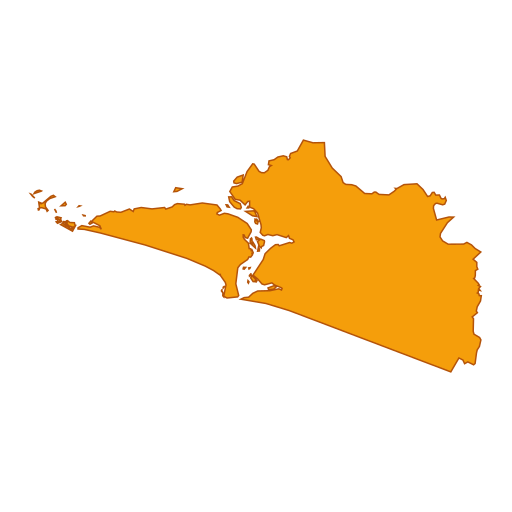 Bonthe, Southern, Sierra Leone (Albers equal-area conic projection)
{"feature_id": "65957751B90425188102960", "entity_name": "Bonthe", "entity_type": "district", "adm_level": 2, "iso_a3": "SLE", "parent_name": "Sierra Leone", "parent_adm1": "Southern", "projection": "albers", "projection_center": [-12.539, 7.5], "detail": "fine", "context": "isolated", "style": "filled", "palette": "amber", "viewbox_px": 512, "rotation_deg": 0, "n_neighbors": 0, "source": "geoboundaries", "source_scale": "gbopen_adm2", "svg_char_len": 6046}
<svg xmlns="http://www.w3.org/2000/svg" viewBox="0 0 512 512"><path d="M476.8,262.4L473.1,259.2L480.8,252.0L475.1,248.5L471.5,244.9L466.9,242.4L463.6,244.1L448.2,244.2L442.6,240.9L440.0,236.9L440.5,233.4L447.4,222.7L453.6,217.1L449.0,217.0L436.6,220.0L433.4,208.4L433.6,205.7L435.5,203.5L437.0,203.2L442.7,204.8L444.7,204.1L446.3,200.5L445.2,197.3L444.3,198.7L442.1,198.9L441.0,198.3L439.4,195.0L435.8,195.1L434.1,192.3L432.3,192.5L430.2,195.8L427.6,196.5L423.0,189.5L417.0,183.8L404.0,184.6L397.0,188.5L395.4,188.4L396.2,189.2L394.3,191.2L388.9,194.9L379.0,194.4L375.9,192.1L374.2,192.1L371.9,193.8L364.7,193.5L355.9,186.0L351.7,184.7L345.8,184.4L343.1,182.6L341.1,176.6L332.2,168.0L325.1,156.4L324.4,142.6L313.0,142.8L303.4,140.1L297.3,151.0L290.6,153.5L289.4,156.4L290.2,157.8L288.5,159.7L287.4,159.6L286.7,156.8L283.3,155.8L277.9,157.0L274.1,159.7L269.0,160.9L268.4,164.7L271.3,165.5L269.4,166.8L267.9,170.3L264.3,172.8L261.3,172.6L259.0,171.3L254.2,164.1L252.7,163.8L247.1,171.5L242.3,183.7L237.9,186.1L232.3,187.0L229.8,191.5L235.2,199.3L240.1,200.2L245.1,204.9L247.7,201.5L249.6,201.2L249.6,207.1L253.6,208.7L257.6,213.1L261.0,224.7L261.3,227.8L260.2,232.4L262.8,235.3L264.5,235.8L267.9,234.5L272.8,235.7L277.0,234.6L286.3,237.6L288.5,235.6L289.5,238.3L293.0,239.8L294.1,241.9L291.8,243.2L289.6,242.5L279.2,245.8L278.2,244.5L275.4,244.7L270.6,248.3L265.1,253.7L263.2,259.6L253.0,275.1L257.6,278.9L262.0,284.0L264.6,284.8L271.9,282.9L274.6,285.0L281.3,287.7L282.1,288.4L281.5,290.0L278.9,288.8L270.0,290.7L257.7,291.0L252.8,293.3L248.6,297.2L244.2,297.6L240.9,299.2L266.0,303.5L289.3,310.6L450.8,371.9L458.9,358.0L462.9,360.0L464.6,363.7L467.8,361.9L473.6,364.8L475.1,363.5L476.5,352.9L477.2,349.9L479.4,346.5L480.9,339.9L479.6,337.5L474.0,334.2L473.2,331.3L473.5,318.7L472.2,316.9L477.4,312.7L476.3,311.1L477.2,306.8L480.5,301.0L481.3,295.7L479.3,295.6L478.9,293.8L477.4,293.0L478.2,292.4L478.4,290.1L480.2,290.5L478.7,288.6L480.5,286.5L478.3,285.4L479.1,284.7L478.2,283.2L473.7,278.5L474.7,277.9L475.3,275.6L475.4,270.6L477.8,269.2L476.8,266.7L476.8,262.4ZM217.0,205.0L202.3,203.0L190.0,204.9L186.4,204.3L185.0,205.3L184.4,204.2L177.4,203.6L174.6,204.6L172.2,206.9L165.8,209.1L164.6,207.5L152.0,208.9L141.2,207.5L134.2,208.9L133.2,211.5L129.4,209.0L120.9,212.3L116.7,212.0L114.7,211.0L113.9,211.8L110.2,211.3L100.1,216.0L96.9,216.2L91.5,221.4L99.8,225.7L101.3,229.3L99.6,227.3L93.5,225.9L90.1,227.2L81.8,225.6L78.0,227.8L78.0,229.0L84.4,229.4L100.4,233.0L145.2,245.0L186.9,258.4L205.2,266.1L213.5,270.5L220.0,275.1L220.5,273.7L220.1,275.0L225.3,282.4L226.0,285.0L223.7,296.3L227.0,298.0L237.6,296.9L238.7,295.5L235.8,283.8L237.8,267.8L240.4,264.5L247.6,259.5L249.0,256.9L250.7,257.1L252.4,254.9L252.0,253.4L252.9,253.6L253.2,252.6L252.0,249.9L251.3,250.6L250.8,248.8L249.2,248.6L248.4,243.2L244.4,239.3L243.2,237.2L243.2,234.8L244.0,234.9L245.3,237.6L247.6,238.2L251.1,231.8L251.3,229.8L247.2,223.5L237.8,217.3L227.9,213.8L224.3,213.3L219.4,215.2L216.9,213.9L217.3,212.5L221.1,210.5L220.2,208.9L217.0,205.0ZM240.5,208.9L241.3,207.4L240.2,203.6L234.1,200.6L231.5,196.8L228.7,196.9L229.7,201.7L234.2,207.1L237.1,208.7L240.5,208.9ZM69.8,222.5L67.5,220.6L66.6,220.8L67.2,222.4L66.8,223.4L68.7,225.8L73.6,227.4L72.8,229.2L72.1,229.1L72.9,227.4L70.2,229.0L68.3,228.2L70.3,227.1L68.9,227.4L68.2,226.2L66.0,226.1L64.2,224.4L64.2,225.2L63.7,223.8L65.1,221.7L63.3,221.5L62.7,223.4L60.6,224.6L72.5,231.2L75.7,225.3L75.0,225.1L74.4,222.7L69.8,222.5ZM45.1,203.7L46.4,201.2L49.7,198.6L55.2,196.7L53.4,195.3L50.9,196.3L43.1,202.9L41.3,203.7L40.3,203.4L40.3,204.3L39.9,202.7L41.8,203.3L38.7,202.1L39.5,207.8L38.8,209.5L38.7,208.4L38.1,208.6L38.4,210.0L39.1,209.8L39.7,207.9L41.8,207.7L46.1,209.0L47.1,211.3L48.1,210.4L45.5,206.9L45.1,203.7ZM243.2,175.0L237.2,177.1L233.7,181.1L234.0,182.9L236.6,183.6L242.1,182.1L243.2,175.0ZM261.2,247.9L261.6,246.5L263.6,245.5L264.5,241.8L264.3,240.6L260.7,239.1L257.5,241.5L259.4,246.3L261.2,247.9ZM253.8,210.8L245.6,211.4L252.5,215.8L256.9,216.6L255.0,212.0L253.8,210.8ZM268.6,289.7L273.6,289.2L276.6,286.5L274.0,285.7L268.0,287.9L268.6,289.7ZM182.2,188.7L175.7,187.7L173.8,191.7L177.0,191.4L182.2,188.7ZM254.9,281.7L255.7,279.3L251.8,275.5L250.7,277.9L253.1,281.6L254.9,281.7ZM65.1,205.7L66.3,204.3L65.2,202.2L61.1,205.8L65.1,205.7ZM61.1,217.8L57.5,216.9L57.7,220.9L58.4,219.0L60.0,220.4L61.1,217.8ZM257.5,224.0L258.1,221.9L255.0,219.5L254.8,221.8L255.6,223.4L257.5,224.0ZM34.0,193.6L41.2,191.2L41.5,191.0L39.4,190.2L37.1,190.7L34.9,192.1L34.0,193.6ZM255.4,248.0L255.0,245.6L253.2,242.6L252.0,244.9L255.4,248.0ZM61.5,221.7L61.0,220.1L60.1,221.4L56.5,221.8L55.6,221.2L57.5,223.3L61.5,221.7ZM259.4,238.8L256.4,237.0L255.5,237.1L256.4,239.8L259.4,238.8ZM251.0,243.9L252.2,241.8L252.0,240.2L250.3,240.2L250.1,243.4L251.0,243.9ZM89.9,224.3L92.2,223.0L90.7,221.2L88.9,223.3L89.9,224.3ZM259.4,251.0L259.5,249.1L258.4,247.2L257.6,251.2L259.4,251.0ZM229.2,207.2L227.7,204.9L226.1,204.8L227.1,206.9L229.2,207.2ZM245.7,267.4L243.5,267.3L243.1,268.9L244.2,269.2L245.7,267.4ZM66.7,225.7L66.5,223.4L66.9,222.4L66.2,221.9L65.5,224.2L66.7,225.7ZM249.5,276.1L250.8,275.1L251.2,273.4L249.4,275.4L249.5,276.1ZM248.4,283.2L249.0,281.8L248.0,280.6L247.7,282.2L248.4,283.2ZM223.1,293.2L221.7,290.2L222.0,289.3L221.4,290.9L223.1,293.2ZM256.1,282.0L257.0,280.7L256.2,279.8L255.2,281.4L256.1,282.0ZM258.0,220.8L256.7,219.1L255.4,219.2L256.4,220.3L258.0,220.8ZM255.6,278.0L255.3,277.2L253.3,276.8L254.7,278.2L255.6,278.0ZM251.5,240.0L252.0,239.0L251.5,238.0L250.5,238.9L251.5,240.0ZM56.5,212.8L55.8,210.7L54.5,209.0L56.5,212.8ZM56.6,217.3L55.5,217.5L55.1,218.3L55.8,217.5L56.1,219.9L56.6,217.3ZM34.8,198.1L31.0,194.1L30.7,194.0L32.6,196.4L34.8,198.1ZM223.6,293.5L222.9,293.5L222.8,295.8L223.6,296.7L223.6,293.5ZM247.1,207.9L248.5,207.9L248.0,206.5L247.1,207.9ZM250.2,267.6L248.7,267.9L249.0,269.0L249.8,268.5L250.2,267.6ZM224.8,286.0L223.2,287.2L223.2,288.0L224.8,286.0ZM78.3,206.6L79.1,206.4L80.2,205.9L79.1,205.7L78.3,206.6ZM83.1,215.1L83.5,215.8L85.2,215.9L85.2,215.6L83.1,215.1Z" fill="#f59e0b" stroke="#b45309" stroke-width="1.5"/></svg>